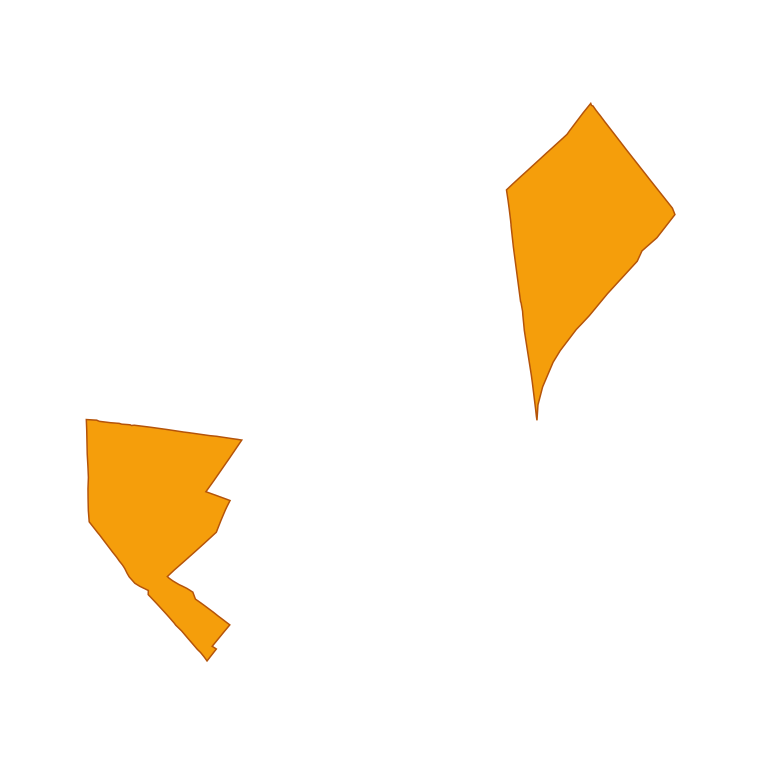 the district of Rafael Lara Grajales, Puebla, Mexico, rotated 83°
{"feature_id": "50627088B86596089339193", "entity_name": "Rafael Lara Grajales", "entity_type": "district", "adm_level": 2, "iso_a3": "MEX", "parent_name": "Mexico", "parent_adm1": "Puebla", "projection": "robinson", "projection_center": [-97.812, 19.247], "detail": "fine", "context": "isolated", "style": "filled", "palette": "amber", "viewbox_px": 768, "rotation_deg": 83, "n_neighbors": 0, "source": "geoboundaries", "source_scale": "gbopen_adm2", "svg_char_len": 2157}
<svg xmlns="http://www.w3.org/2000/svg" viewBox="0 0 768 768"><g transform="rotate(83 384 384)"><path d="M251.3,74.6L244.6,76.3L212.0,96.2L211.6,96.4L181.5,114.6L165.4,124.1L150.3,133.1L144.3,136.5L141.4,138.3L138.2,140.2L135.2,141.8L133.6,142.6L132.9,143.9L132.2,144.3L131.5,144.4L130.7,144.6L138.8,153.0L155.0,168.7L158.5,171.9L160.1,174.1L173.9,193.6L174.0,193.8L181.6,204.4L187.8,213.1L194.3,222.3L201.1,231.8L205.9,238.3L206.3,238.8L209.3,238.7L217.0,238.5L226.4,238.4L236.8,238.4L241.7,238.5L242.1,238.6L263.7,238.9L319.1,238.4L319.6,238.1L325.2,237.8L328.8,237.6L332.5,237.8L344.8,238.1L347.8,238.2L354.4,238.0L372.6,237.4L393.2,236.7L400.3,236.6L410.4,236.6L420.2,236.6L427.7,236.6L434.7,236.7L438.7,236.6L423.4,233.7L406.2,226.9L383.0,213.5L372.3,205.0L353.3,186.5L346.9,178.7L346.3,178.0L341.2,171.9L321.6,151.2L293.0,117.7L283.3,111.7L281.2,108.6L280.2,107.2L272.1,95.3L251.3,74.6ZM637.3,593.4L626.6,582.7L623.4,586.5L617.0,579.8L610.5,573.0L604.3,566.4L600.4,570.4L593.8,577.2L590.6,580.3L587.4,583.6L585.5,585.6L580.9,590.4L574.5,597.4L568.2,598.9L567.3,599.1L562.8,604.6L559.9,609.0L558.3,611.6L554.0,617.2L552.4,619.0L550.1,621.4L548.8,622.4L548.7,622.5L543.1,614.9L536.3,604.9L526.4,590.6L519.5,580.8L510.7,568.5L499.8,562.6L495.6,560.2L489.4,556.6L486.1,554.5L480.9,551.0L469.2,573.9L467.6,572.4L458.9,564.4L443.1,550.3L439.2,546.8L422.3,532.0L416.0,554.8L415.6,556.1L414.0,563.3L409.8,578.9L409.2,581.2L408.4,584.1L407.3,588.6L405.1,596.4L402.6,605.4L398.3,621.6L394.5,636.8L394.4,638.4L394.5,639.4L394.3,639.9L393.6,640.9L393.1,643.0L391.9,649.2L390.8,651.6L390.3,654.2L390.0,655.6L389.1,660.1L386.4,670.9L385.9,671.9L384.9,673.5L384.3,676.8L383.0,683.8L393.7,684.7L417.4,687.1L429.6,687.9L440.8,688.8L452.0,690.6L462.7,691.8L473.7,692.9L484.9,693.4L497.0,686.1L499.3,684.6L503.5,682.2L516.0,674.9L518.1,673.7L523.1,670.6L527.6,668.2L531.3,665.9L533.6,664.7L535.8,663.7L540.7,662.0L544.4,660.4L551.4,655.6L555.0,651.1L560.2,643.1L564.3,643.7L574.2,636.4L586.1,627.9L595.5,621.5L598.0,620.1L604.5,614.9L612.3,609.8L620.1,604.6L624.8,601.5L628.0,598.9L632.6,596.0L637.3,593.4Z" fill="#f59e0b" stroke="#b45309" stroke-width="1.5"/></g></svg>